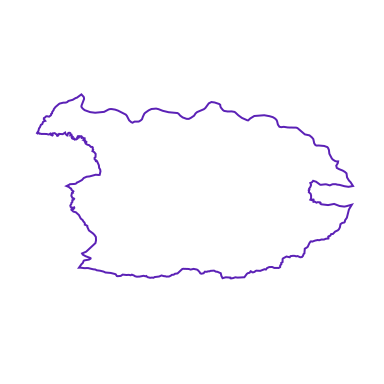 Ebéjico, Antioquia, Colombia, rotated 96°
{"feature_id": "7082276B74110023604891", "entity_name": "Ebéjico", "entity_type": "district", "adm_level": 2, "iso_a3": "COL", "parent_name": "Colombia", "parent_adm1": "Antioquia", "projection": "equal_earth", "projection_center": [-75.78, 6.323], "detail": "fine", "context": "isolated", "style": "outline", "palette": "violet", "viewbox_px": 384, "rotation_deg": 96, "n_neighbors": 0, "source": "geoboundaries", "source_scale": "gbopen_adm2", "svg_char_len": 6037}
<svg xmlns="http://www.w3.org/2000/svg" viewBox="0 0 384 384"><g transform="rotate(96 192 192)"><path d="M146.3,49.9L146.5,51.4L146.2,53.0L145.1,55.2L144.1,56.4L139.6,59.4L136.0,60.2L134.1,61.2L133.2,62.1L132.4,65.4L132.5,70.9L132.8,72.8L132.5,74.1L130.9,75.5L126.7,76.9L125.2,78.4L123.4,81.1L122.9,85.8L117.4,93.8L117.1,95.1L117.8,103.3L117.6,107.6L118.2,110.0L118.0,111.9L116.0,113.6L112.7,114.8L111.4,115.6L110.1,117.3L109.1,119.5L108.5,122.8L108.1,128.2L109.9,138.0L112.8,141.8L114.9,143.6L114.9,144.5L113.1,150.1L110.9,153.9L108.4,157.2L107.9,158.1L107.7,161.0L108.2,164.8L108.0,168.5L107.3,169.8L105.1,172.0L104.2,172.6L102.3,173.1L101.6,174.3L100.6,178.9L100.5,182.1L102.1,184.6L107.1,187.5L108.4,188.8L112.0,195.3L113.5,196.7L115.9,197.9L118.4,200.9L119.6,202.8L119.8,205.1L118.8,209.1L117.2,211.8L115.6,213.5L115.0,214.7L115.1,223.6L114.3,229.6L113.1,234.0L112.8,236.4L113.7,241.0L115.3,243.6L118.1,246.8L119.1,247.6L122.2,248.7L124.8,249.3L125.9,250.2L127.2,251.8L127.6,252.7L128.0,256.5L129.3,258.4L128.9,259.7L127.3,262.0L123.0,264.8L121.9,266.0L118.8,274.1L118.1,277.1L117.9,280.7L118.1,282.2L118.6,283.5L121.5,287.8L123.3,296.6L123.2,301.7L121.8,307.4L120.3,309.6L118.8,310.9L117.6,310.9L110.9,309.1L109.9,309.2L108.7,309.7L106.5,312.2L110.3,316.4L110.7,317.5L112.8,320.3L114.4,324.5L115.5,325.3L116.3,326.9L116.6,329.3L117.9,332.9L118.5,333.6L121.8,336.7L124.1,338.1L125.0,338.2L127.1,339.4L128.4,339.4L129.0,340.2L130.2,340.2L130.7,340.6L132.0,342.0L131.8,344.3L132.1,345.1L133.3,346.0L134.0,347.0L135.0,347.0L136.6,345.4L137.0,346.4L137.9,347.5L140.1,348.0L141.0,349.3L143.7,350.1L144.7,350.8L147.2,351.1L149.6,352.3L150.0,351.6L149.4,350.4L150.0,349.5L149.8,348.9L150.0,348.0L149.5,342.7L149.8,340.9L149.7,340.2L148.8,339.1L149.8,338.5L150.4,336.8L150.0,336.5L148.7,337.3L148.4,337.1L147.8,334.7L148.7,333.3L148.9,332.2L149.9,332.2L150.2,332.0L150.2,331.4L149.1,330.6L148.1,330.3L148.0,326.6L146.2,324.4L147.2,324.0L148.7,322.4L148.8,321.9L146.4,321.3L146.0,320.7L145.9,319.8L146.2,319.2L147.2,319.0L147.4,318.3L148.2,318.7L148.0,318.0L148.2,317.6L149.6,317.5L149.4,316.7L149.6,316.4L150.5,317.1L151.0,317.0L151.4,316.5L151.7,315.2L151.1,315.0L151.1,314.6L152.1,314.0L151.8,313.3L151.8,312.6L151.0,311.6L150.2,311.8L150.1,311.0L149.7,310.3L149.4,310.5L149.5,311.6L148.5,311.4L148.3,310.8L148.5,309.9L148.1,309.3L148.6,308.2L148.2,307.7L148.6,307.3L149.5,307.6L149.8,307.4L149.4,306.1L149.8,305.3L149.8,304.4L150.4,304.3L151.6,305.4L151.7,304.9L151.4,304.3L151.9,304.1L152.0,303.7L152.8,303.9L153.2,302.3L153.5,302.3L154.1,303.3L155.0,302.8L155.9,301.0L156.2,299.1L157.7,297.3L157.6,296.0L157.8,295.6L158.5,295.2L159.6,295.3L160.3,294.7L161.7,295.3L162.6,293.4L164.2,291.8L167.3,291.6L168.3,292.5L169.7,292.2L170.6,290.6L170.9,291.0L171.4,290.8L171.5,289.9L171.9,289.3L175.2,287.4L177.7,286.9L179.2,285.7L181.0,285.2L184.6,285.6L184.8,286.4L184.9,289.6L187.2,295.5L187.8,298.3L189.4,301.1L191.6,302.7L193.9,306.0L194.6,307.4L195.1,307.6L195.8,308.4L196.2,309.3L197.0,314.2L197.5,314.7L199.2,317.4L200.0,314.7L200.6,314.1L201.3,312.5L202.4,312.1L203.7,310.1L204.6,310.7L205.2,310.4L205.5,311.3L208.4,311.6L210.4,310.3L210.7,308.9L211.1,308.5L212.0,309.0L212.7,310.2L214.3,309.9L215.5,310.8L216.4,310.7L218.1,311.6L219.4,311.2L219.8,310.7L220.2,308.9L219.6,307.6L220.1,307.4L221.3,308.1L221.9,310.1L222.3,310.1L223.9,307.9L224.3,305.4L226.8,302.0L230.0,299.9L231.4,297.8L232.6,297.0L233.6,295.8L234.7,295.2L235.7,295.2L236.2,293.4L236.8,292.5L237.6,292.5L241.0,290.5L243.5,286.2L244.9,284.5L246.8,282.9L250.1,282.4L252.9,282.7L262.4,291.0L264.6,294.9L265.7,294.1L267.0,291.0L268.2,286.4L268.5,285.9L269.0,286.0L270.0,287.4L271.3,292.0L271.7,292.5L274.0,293.2L275.4,294.4L279.1,296.5L278.9,294.7L279.0,291.2L278.5,287.5L279.2,282.2L279.2,280.0L279.8,278.6L279.9,275.2L280.4,271.6L281.1,269.7L281.0,264.4L281.6,260.1L281.9,259.2L283.4,258.0L283.5,257.2L282.9,254.1L281.4,252.3L281.4,248.5L281.0,246.1L281.2,244.3L280.5,243.2L281.1,241.0L281.7,239.9L282.0,238.1L281.6,235.3L280.4,231.4L280.7,229.4L280.3,228.7L281.3,227.4L281.7,224.7L281.3,222.9L281.3,221.3L280.5,220.3L279.5,215.9L278.2,213.6L278.7,210.8L278.5,210.2L278.8,208.7L278.5,206.1L277.5,204.4L276.5,203.4L276.3,202.1L275.9,201.2L275.1,200.4L274.5,197.9L269.6,193.6L269.3,192.7L268.9,187.1L269.3,185.3L268.3,182.4L268.6,179.3L268.9,178.3L270.6,176.3L272.0,175.2L272.3,174.2L271.6,172.0L269.9,170.9L269.8,168.9L269.2,167.7L269.1,166.4L268.5,165.4L267.9,161.9L268.7,160.0L268.7,158.4L269.8,154.9L272.4,154.0L274.5,152.6L273.3,149.5L273.1,144.9L273.8,144.7L273.9,144.2L273.3,142.1L272.3,140.0L272.4,137.8L271.3,131.0L267.7,128.9L266.9,128.0L266.3,126.3L264.7,125.4L265.0,124.4L265.5,123.8L265.6,123.1L264.9,121.4L264.1,120.8L263.5,119.8L263.3,115.9L261.2,111.8L261.4,110.4L259.8,109.4L258.6,107.4L258.2,104.4L258.9,102.3L258.5,97.9L257.5,96.5L255.8,96.6L254.5,95.6L253.3,95.9L252.2,94.6L249.2,94.9L248.5,94.5L246.3,91.3L246.7,88.0L245.5,87.3L244.9,84.9L244.8,83.1L245.1,81.7L244.7,80.3L245.6,77.5L245.2,75.9L244.0,75.0L242.0,74.5L241.3,73.8L236.6,73.9L235.3,72.1L234.4,71.2L230.6,69.9L228.8,68.9L228.6,68.3L228.8,67.3L227.4,64.4L226.6,61.9L226.7,60.5L225.7,58.2L225.5,55.8L224.5,54.0L224.0,51.5L223.4,51.4L222.4,51.9L221.8,51.6L221.0,49.9L219.3,49.2L219.0,47.5L216.4,45.5L214.9,43.0L213.7,42.0L211.6,41.2L208.5,41.0L207.1,39.4L206.4,37.4L205.7,36.9L204.1,36.8L201.4,35.3L193.0,34.1L187.9,31.7L190.1,37.3L190.6,39.1L190.5,43.8L189.0,49.4L190.8,55.3L190.7,62.2L190.1,63.2L189.2,63.1L188.9,63.6L189.0,66.0L189.6,67.1L188.8,68.8L189.1,70.2L187.8,70.7L187.2,70.2L186.8,70.4L186.9,71.1L187.6,72.3L187.3,73.5L186.0,72.9L183.0,73.2L181.3,73.9L180.0,75.8L178.5,75.7L178.0,76.1L177.3,75.5L176.5,75.9L174.5,74.8L172.5,74.3L170.7,75.3L169.8,73.7L168.2,72.7L168.8,69.7L171.3,65.4L171.4,64.7L170.4,60.2L170.4,58.9L171.0,55.6L169.6,53.1L169.2,49.8L169.5,48.5L169.5,46.0L170.3,41.0L170.5,36.9L169.2,32.5L165.7,35.3L164.2,37.1L161.3,39.3L157.3,40.3L156.0,42.1L154.9,44.5L153.9,48.1L152.9,50.5L150.8,51.3L148.0,50.0L146.3,49.9Z" fill="none" stroke="#5b21b6" stroke-width="2"/></g></svg>